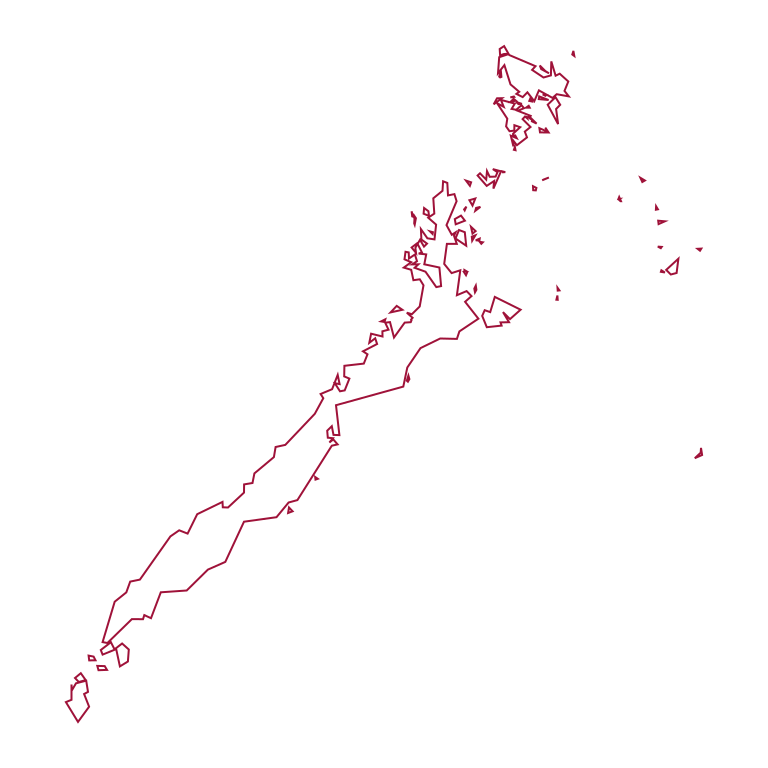 Palawan, Palawan, Philippines
{"feature_id": "2640588B20950743061684", "entity_name": "Palawan", "entity_type": "district", "adm_level": 2, "iso_a3": "PHL", "parent_name": "Philippines", "parent_adm1": "Palawan", "projection": "orthographic", "projection_center": [119.327, 9.944], "detail": "fine", "context": "isolated", "style": "outline", "palette": "rose", "viewbox_px": 768, "rotation_deg": 0, "n_neighbors": 0, "source": "geoboundaries", "source_scale": "gbopen_adm2", "svg_char_len": 6077}
<svg xmlns="http://www.w3.org/2000/svg" viewBox="0 0 768 768"><path d="M465.1,301.8L471.5,296.1L466.6,291.1L456.9,295.2L460.3,270.3L451.6,273.1L444.2,263.9L446.9,243.9L456.8,243.9L454.0,235.8L455.5,232.4L451.8,234.8L446.5,225.1L456.6,201.2L454.4,194.1L448.0,195.4L447.3,182.9L443.1,181.3L442.5,190.8L433.3,198.3L434.3,213.6L428.2,217.7L436.1,224.6L434.5,239.4L427.4,238.3L420.9,229.1L421.4,239.5L427.0,243.6L424.0,246.6L420.0,239.8L417.6,243.9L421.9,252.4L418.7,253.6L426.2,254.4L424.3,264.3L439.4,267.5L441.1,286.1L436.3,287.1L425.5,271.7L414.6,267.8L418.4,264.3L412.2,264.4L417.0,261.2L414.9,254.5L409.0,258.5L408.7,252.4L405.5,251.8L404.5,259.3L411.2,262.2L403.8,267.6L411.2,269.8L413.4,280.2L419.8,279.3L423.5,285.3L419.7,306.5L411.9,314.2L406.8,312.7L412.6,317.8L411.1,319.6L411.5,320.3L411.1,321.0L411.1,321.4L410.8,322.1L410.7,322.2L404.7,322.6L394.0,337.5L390.0,322.1L385.2,322.7L388.5,329.7L382.4,331.3L382.5,336.5L371.1,333.7L369.3,342.8L375.2,338.3L377.1,344.0L363.0,351.3L367.5,354.3L363.8,363.6L344.4,365.8L344.2,376.4L349.4,378.6L344.7,390.4L340.0,391.3L334.8,383.2L339.6,384.1L337.7,374.9L332.1,389.2L320.6,394.0L323.3,398.2L314.8,413.8L285.3,444.9L275.6,447.0L273.9,457.1L254.4,473.4L252.5,483.0L244.1,484.4L244.0,492.6L228.0,507.5L222.8,507.3L222.5,501.9L197.2,514.2L187.6,533.6L179.2,530.3L170.4,536.4L139.9,579.6L130.2,581.6L126.3,592.4L114.7,601.7L102.6,642.1L107.4,643.0L131.9,619.1L143.0,619.2L144.3,615.1L151.0,618.2L160.8,592.3L186.7,590.5L207.9,569.6L225.3,561.9L244.0,521.7L276.5,517.2L288.6,502.5L297.4,500.1L331.8,445.7L337.6,444.4L333.3,439.4L329.4,442.5L333.0,438.2L327.8,437.7L327.2,430.7L331.8,426.2L333.5,434.9L339.4,435.1L336.0,405.2L403.3,386.6L407.3,367.5L420.5,348.1L440.2,338.5L456.9,338.9L459.4,331.4L478.4,318.7L465.1,301.8ZM504.1,46.1L499.7,49.0L500.1,55.3L504.0,54.0L506.8,53.9L507.4,54.5L499.2,57.2L498.0,73.2L504.4,65.1L510.5,84.4L519.2,91.8L516.4,93.9L522.7,97.1L527.4,92.3L534.3,101.2L538.9,90.4L552.5,97.9L556.7,94.2L568.8,96.4L564.5,90.9L568.3,81.5L559.7,73.7L555.6,75.7L551.3,61.4L550.9,75.4L543.5,77.5L532.1,69.9L535.5,66.2L509.2,55.0L504.1,46.1ZM508.1,101.8L500.9,99.9L503.7,106.8L497.1,103.2L507.3,118.7L506.1,126.4L509.5,131.2L514.3,130.6L514.4,125.2L520.2,127.2L513.1,133.7L513.0,135.4L515.2,135.4L516.7,138.2L510.8,135.7L513.4,146.4L513.6,141.0L516.9,145.2L527.0,137.4L524.8,131.6L530.5,127.0L522.6,119.1L525.0,116.5L527.3,118.4L526.9,117.0L528.8,117.5L528.8,116.8L530.4,116.4L530.7,115.9L517.8,110.8L524.0,108.2L521.5,105.2L516.2,109.8L511.6,108.9L514.8,103.6L508.1,101.8ZM500.5,322.4L509.0,322.2L503.0,312.1L510.0,319.1L520.6,309.7L494.8,296.9L490.2,312.1L484.7,310.2L482.2,315.9L486.8,327.2L501.6,325.6L500.5,322.4ZM86.2,680.7L76.0,683.3L71.9,690.3L71.5,684.5L71.5,699.8L65.9,702.1L78.0,721.9L89.1,706.7L84.1,694.0L88.0,691.9L86.2,680.7ZM122.1,643.5L116.0,648.2L119.9,666.4L127.9,661.5L128.8,649.5L122.1,643.5ZM501.0,171.3L492.8,169.1L497.5,172.2L495.6,176.6L489.7,176.8L487.0,171.1L486.2,179.6L480.0,173.3L477.6,175.5L486.7,185.9L494.1,181.0L493.4,188.6L501.0,171.3ZM555.5,97.2L547.7,104.7L558.1,124.1L556.1,109.0L560.2,104.8L555.5,97.2ZM678.4,258.7L666.2,269.9L670.8,274.5L676.6,273.0L678.4,258.7ZM459.0,230.0L455.5,238.5L466.2,245.7L464.8,232.2L459.0,230.0ZM110.9,642.2L100.8,650.0L102.6,654.6L114.7,649.7L110.9,642.2ZM461.0,215.6L454.8,219.1L455.7,224.3L464.9,220.7L461.0,215.6ZM80.8,673.2L75.0,678.0L78.8,682.0L85.7,680.1L80.8,673.2ZM417.9,242.7L411.6,247.5L416.0,252.8L415.4,247.9L417.9,242.7ZM97.3,665.9L98.5,670.2L107.0,669.9L104.7,666.1L97.3,665.9ZM88.6,655.6L89.2,660.4L95.5,660.3L93.6,656.6L88.6,655.6ZM475.3,198.5L469.4,200.2L472.5,205.6L475.3,198.5ZM664.9,221.3L658.2,220.7L658.6,224.1L664.9,221.3ZM396.7,305.9L390.6,312.4L402.4,309.8L396.7,305.9ZM545.3,127.6L547.4,131.6L539.4,128.2L540.0,132.4L548.6,132.5L545.3,127.6ZM548.6,100.0L539.2,96.4L538.8,99.1L548.6,100.0ZM424.1,208.0L423.6,213.7L429.0,215.9L428.4,211.2L424.1,208.0ZM530.3,117.5L530.0,118.5L532.2,120.0L531.9,121.3L536.6,123.6L530.3,117.5ZM292.6,511.3L289.0,507.5L288.1,513.0L292.6,511.3ZM475.6,231.1L471.0,226.8L472.5,233.6L475.6,231.1ZM702.1,455.0L701.0,447.9L700.7,452.7L694.8,458.2L702.1,455.0ZM521.9,103.9L516.0,101.9L518.5,104.1L521.9,103.9ZM475.4,235.3L471.8,236.7L472.2,240.7L475.4,235.3ZM479.7,238.6L475.7,240.3L479.4,240.6L479.7,238.6ZM513.6,98.8L510.7,101.7L515.9,100.7L513.6,98.8ZM501.9,98.2L497.0,98.3L493.7,104.3L501.9,98.2ZM621.0,201.2L619.2,197.0L618.4,199.0L619.8,198.9L618.8,199.6L620.5,201.2L621.0,201.2ZM533.0,186.2L533.2,190.2L535.8,190.4L536.4,187.9L533.0,186.2ZM539.8,65.5L541.2,69.1L549.0,73.3L545.4,71.1L539.8,65.5ZM661.7,246.9L657.8,246.6L660.8,248.2L661.7,246.9ZM408.4,375.6L406.8,380.7L407.9,381.7L409.4,379.1L408.4,375.6ZM317.8,478.8L315.2,477.0L315.5,479.6L317.8,478.8ZM467.4,271.8L464.4,270.0L464.4,270.6L466.1,271.4L463.8,271.8L466.0,275.2L467.4,271.8ZM644.9,180.5L640.4,177.8L642.3,182.0L644.9,180.5ZM530.6,97.7L529.3,100.9L532.0,101.5L530.6,97.7ZM385.3,319.3L381.1,321.4L384.5,322.0L385.3,319.3ZM548.9,177.5L543.5,179.6L542.2,180.3L548.9,177.5ZM573.4,50.9L572.3,54.5L574.3,56.0L573.4,50.9ZM657.9,209.3L656.1,206.3L655.9,209.7L657.9,209.3ZM528.7,105.8L526.0,107.7L529.7,107.7L528.7,105.8ZM664.9,272.5L661.4,270.3L660.9,271.8L664.9,272.5ZM500.8,70.3L499.2,76.6L500.1,77.4L501.4,76.9L500.8,70.3ZM415.9,218.2L413.0,213.9L414.5,218.7L414.2,223.4L414.7,224.7L415.9,218.2ZM480.4,206.9L476.1,207.9L475.3,210.8L480.4,206.9ZM557.4,295.5L556.4,299.7L557.7,299.8L557.4,295.5ZM471.1,182.3L466.0,180.6L469.9,185.8L471.1,182.3ZM475.8,285.6L474.3,288.6L475.0,292.3L476.4,289.8L475.8,285.6ZM411.6,211.3L412.2,216.4L413.1,216.7L411.6,211.3ZM514.9,147.0L513.9,149.8L515.5,150.2L514.9,147.0ZM482.8,242.3L479.7,241.8L481.3,243.8L482.8,242.3ZM701.3,248.6L697.6,248.8L700.0,250.7L701.3,248.6ZM432.9,232.2L430.0,231.4L432.6,234.0L432.9,232.2ZM505.3,172.1L502.5,171.4L502.9,172.3L505.3,172.1ZM466.4,206.6L464.1,209.4L464.7,210.4L466.4,206.6ZM513.9,96.5L510.3,97.4L514.2,96.9L513.9,96.5ZM559.4,290.4L557.5,287.7L557.7,290.6L559.4,290.4ZM546.4,94.9L542.7,94.4L545.4,95.8L546.4,94.9Z" fill="none" stroke="#9f1239" stroke-width="2"/></svg>